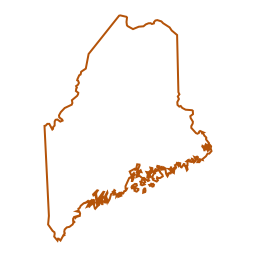 outline of Maine
{"feature_id": "USA-3561", "entity_name": "Maine", "entity_type": "State", "adm_level": 1, "iso_a3": "USA", "parent_name": "United States of America", "parent_adm1": "", "projection": "natural_earth1", "projection_center": [-68.954, 45.272], "detail": "fine", "context": "isolated", "style": "outline", "palette": "amber", "viewbox_px": 256, "rotation_deg": 0, "n_neighbors": 0, "source": "natural_earth", "source_scale": "10m", "svg_char_len": 5966}
<svg xmlns="http://www.w3.org/2000/svg" viewBox="0 0 256 256"><path d="M44.5,125.9L45.7,125.6L47.3,123.9L49.3,123.9L52.3,129.5L53.0,128.9L53.2,127.0L54.6,125.6L54.7,121.4L55.6,119.8L57.3,119.5L60.3,121.6L62.6,120.6L62.2,119.6L59.3,117.4L59.0,115.4L60.8,112.1L64.7,108.0L71.7,104.7L72.4,103.0L71.9,100.2L77.2,95.8L78.1,94.1L78.3,92.8L75.9,91.0L76.3,88.3L76.9,87.7L76.1,86.1L78.0,84.7L78.9,82.9L78.1,80.7L77.2,80.3L77.4,79.3L79.2,75.3L80.6,74.5L81.2,71.7L85.8,68.6L88.6,54.0L119.1,15.7L120.3,15.4L126.4,16.8L127.0,17.5L126.5,22.0L126.9,25.1L127.6,26.1L133.0,29.1L138.8,26.7L143.5,26.3L145.8,24.4L148.5,23.3L150.6,23.2L151.9,24.0L153.9,23.4L154.0,22.1L155.4,20.5L157.3,20.1L161.4,21.4L163.1,23.2L169.6,27.4L171.7,30.5L177.1,35.0L178.4,92.2L179.4,94.3L177.8,96.5L178.9,99.0L177.3,102.1L177.5,104.9L179.3,106.6L180.7,106.0L182.2,107.9L185.6,109.7L192.0,110.2L192.8,110.8L193.0,114.1L190.3,116.2L190.7,118.1L192.9,121.7L192.7,123.6L191.3,126.1L191.3,127.9L196.0,133.1L197.5,133.7L198.9,132.9L199.2,131.6L200.1,131.0L203.3,132.4L201.9,132.8L202.2,133.5L203.4,133.6L204.3,135.6L205.9,137.1L206.4,138.0L206.0,138.8L206.2,139.6L208.9,143.0L208.0,145.1L207.1,145.4L205.8,144.3L205.3,145.4L205.9,146.0L205.6,147.0L204.9,147.2L202.5,145.8L202.3,146.5L203.9,148.5L204.5,151.1L204.8,148.7L206.5,149.4L206.2,149.0L206.7,148.7L206.2,147.6L206.9,147.4L207.9,150.8L208.8,150.2L208.1,146.9L210.1,149.0L210.9,149.0L211.5,151.1L209.3,153.6L207.6,153.6L206.0,156.2L202.3,159.3L202.6,160.0L200.0,159.3L200.1,160.7L199.2,160.6L197.3,159.3L198.0,158.0L197.8,157.0L197.1,156.6L195.9,157.1L196.5,157.5L195.9,157.8L194.5,157.1L195.5,159.3L195.1,160.3L195.7,160.8L194.0,162.4L192.9,159.2L192.0,158.9L192.3,161.2L192.9,161.7L192.1,162.0L190.1,161.7L190.0,160.5L188.9,161.0L188.7,159.8L188.1,160.0L186.5,161.4L187.6,161.7L187.5,165.4L186.1,165.9L184.7,165.8L184.4,164.1L183.8,164.0L181.6,167.4L181.0,167.2L180.0,165.4L180.3,162.4L178.6,166.0L178.1,165.3L178.8,162.2L177.8,163.5L176.9,163.0L176.2,164.7L175.0,165.2L176.1,167.5L175.5,168.5L174.5,168.1L173.9,172.7L173.2,172.0L173.1,170.6L173.9,168.1L172.9,169.0L172.5,172.1L171.5,171.2L171.2,167.4L170.8,167.4L170.4,169.1L168.8,169.0L170.6,170.2L171.0,172.8L170.6,173.4L169.3,172.9L167.5,176.3L166.8,175.2L167.2,173.8L166.3,174.1L166.0,173.3L165.4,168.4L163.8,167.4L163.3,168.5L163.5,169.4L162.5,169.5L161.7,166.1L160.9,169.1L159.6,167.7L159.4,166.3L157.4,165.9L157.1,166.9L158.9,168.1L158.3,169.1L158.8,169.9L155.5,169.1L154.2,171.3L154.3,172.0L153.3,172.3L152.5,171.7L152.3,168.1L150.4,167.7L151.6,171.6L151.0,173.1L150.4,173.2L150.2,170.9L148.5,172.3L146.5,172.0L147.8,174.3L147.3,177.4L148.5,178.0L148.7,178.8L148.3,179.4L147.7,179.0L149.0,180.5L147.9,181.0L144.1,177.9L142.1,178.0L140.1,176.3L139.1,175.9L136.5,177.0L137.2,174.1L137.7,173.8L138.8,174.5L139.2,173.7L138.7,172.7L139.7,171.8L141.4,172.1L140.6,170.2L138.7,171.3L137.5,172.9L136.7,172.4L139.6,165.5L139.5,164.6L137.2,164.3L136.2,168.5L137.0,168.8L135.5,169.8L135.0,169.7L135.3,168.8L134.8,168.7L129.7,171.5L131.7,176.1L131.4,176.8L129.2,178.0L125.5,186.2L125.6,188.7L127.0,188.6L126.5,189.7L125.4,191.0L124.3,191.1L123.3,193.3L122.2,192.8L122.0,193.7L121.3,193.6L120.8,194.8L121.3,195.7L118.4,196.8L118.5,195.5L120.2,192.8L119.4,192.8L116.5,196.2L116.8,194.2L114.0,194.6L115.0,192.8L114.1,192.4L115.0,190.6L114.3,190.1L113.8,191.3L112.7,191.8L113.0,193.1L111.1,194.2L109.6,199.4L108.2,201.8L107.1,198.5L106.7,201.8L105.9,200.0L106.5,197.3L105.9,196.2L107.5,193.0L107.3,192.1L105.2,195.9L104.8,199.3L105.6,201.5L104.9,203.2L104.8,201.0L103.6,201.6L101.7,199.8L102.6,198.5L102.6,197.1L103.7,197.5L102.3,195.5L104.0,191.9L103.4,191.8L98.1,199.1L99.2,200.0L98.6,202.8L99.6,201.3L100.3,201.4L99.2,204.8L98.1,205.7L96.1,194.1L96.4,192.5L97.8,190.5L97.2,190.3L93.1,194.4L93.5,195.4L95.1,194.6L95.6,195.2L97.2,205.5L96.8,207.0L95.2,208.8L94.8,208.3L94.0,205.1L94.7,202.6L93.8,201.2L94.1,200.2L93.2,199.9L92.2,200.6L93.3,201.9L93.0,203.5L92.1,204.2L91.9,203.5L88.8,207.4L91.3,202.1L91.1,201.0L89.3,203.6L88.5,206.1L87.1,206.7L90.2,201.0L87.4,202.1L88.8,200.3L86.2,202.3L83.8,203.2L80.7,205.8L79.7,207.9L78.4,208.7L78.7,210.6L76.5,211.3L79.6,212.1L80.1,213.4L79.8,215.9L77.5,216.6L77.8,215.9L77.1,216.1L75.6,217.7L75.5,216.6L74.1,217.0L73.1,218.8L73.1,220.8L73.3,221.9L75.0,221.5L73.1,223.2L72.7,224.4L69.5,226.8L66.8,227.4L64.7,229.5L64.2,232.0L64.8,233.1L63.6,234.9L64.2,235.2L63.0,236.0L60.5,240.5L58.7,238.7L58.0,238.7L57.5,240.6L54.2,236.6L54.7,233.8L54.4,232.2L52.6,230.9L48.1,224.5L48.9,215.9L44.5,125.9ZM160.0,171.3L160.1,172.3L162.4,174.8L162.8,176.3L160.1,178.0L158.4,178.1L157.2,177.3L156.9,178.5L157.9,180.3L156.7,181.5L153.1,179.9L152.7,179.0L153.4,178.5L152.2,177.7L152.3,177.1L153.6,174.0L155.0,173.3L154.6,172.3L157.1,170.6L158.8,170.5L160.0,171.3ZM142.3,179.3L144.5,180.3L145.1,182.2L143.2,182.9L144.6,184.4L142.1,185.3L140.7,184.6L141.0,183.4L140.4,181.9L141.8,181.9L141.6,180.3L142.3,179.3ZM133.2,187.3L138.4,189.0L138.4,190.0L136.7,191.6L135.9,191.4L134.5,190.7L134.9,189.8L134.5,189.1L132.8,188.3L133.2,187.3ZM136.9,185.5L134.7,187.0L133.2,186.3L131.7,187.8L131.5,187.2L132.1,185.9L135.0,183.9L136.5,184.0L136.9,185.5ZM154.0,184.8L153.5,186.3L152.3,186.6L151.4,185.4L150.0,185.9L149.3,184.9L150.6,184.6L151.2,183.7L152.1,184.2L153.0,183.8L154.0,184.8ZM145.2,188.6L145.5,190.8L145.2,192.0L143.2,192.7L143.4,189.9L144.4,188.5L145.2,188.6ZM133.9,173.0L134.9,174.7L133.1,176.7L132.6,176.1L132.8,174.3L133.9,173.0ZM101.8,195.5L100.6,199.8L99.9,200.5L99.3,198.9L99.6,198.0L101.4,194.9L101.8,195.5ZM149.7,173.8L150.6,176.5L150.2,177.0L148.3,176.1L149.1,173.6L149.7,173.8ZM187.6,169.4L186.9,170.3L185.6,166.7L187.0,166.7L187.6,169.4ZM132.4,181.0L131.9,181.0L132.2,178.7L131.5,178.2L133.2,177.1L133.8,177.7L132.4,181.0ZM102.0,204.1L101.0,202.1L101.6,200.8L102.7,201.6L102.5,204.1L102.0,204.1ZM208.7,145.4L209.0,143.9L211.1,146.3L211.0,146.9L210.0,146.8L208.7,145.4ZM198.3,160.9L199.6,161.5L199.4,162.1L197.6,162.1L198.3,160.9Z" fill="none" stroke="#b45309" stroke-width="2"/></svg>